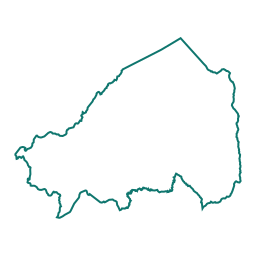 outline of Rumphi, Rumphi, Malawi
{"feature_id": "42251766B19667920055188", "entity_name": "Rumphi", "entity_type": "district", "adm_level": 2, "iso_a3": "MWI", "parent_name": "Malawi", "parent_adm1": "Rumphi", "projection": "robinson", "projection_center": [33.745, -10.79], "detail": "fine", "context": "isolated", "style": "outline", "palette": "teal", "viewbox_px": 256, "rotation_deg": 0, "n_neighbors": 0, "source": "geoboundaries", "source_scale": "gbopen_adm2", "svg_char_len": 5885}
<svg xmlns="http://www.w3.org/2000/svg" viewBox="0 0 256 256"><path d="M122.7,69.4L122.1,70.5L121.6,70.7L121.7,72.0L120.6,74.0L119.6,75.0L119.0,76.1L117.3,76.5L116.9,79.1L116.4,80.0L116.2,79.8L115.6,80.1L114.5,79.8L114.0,81.0L113.3,81.4L112.6,82.4L111.2,82.9L110.5,83.4L109.5,83.2L108.4,83.8L107.9,84.6L108.1,85.4L106.8,86.6L106.6,88.0L105.8,88.2L105.3,88.7L104.6,89.5L104.3,90.4L101.9,92.8L101.5,94.0L100.4,94.4L99.8,92.8L98.8,91.9L98.2,92.0L96.8,93.1L96.5,93.8L96.5,94.7L95.0,97.6L94.1,98.8L93.4,99.3L92.5,101.5L87.7,107.5L87.4,109.6L86.0,111.5L85.9,112.4L83.6,113.5L83.0,112.3L82.7,112.1L82.5,113.1L82.7,114.1L81.3,115.4L81.4,116.0L82.5,117.2L81.5,119.3L81.4,120.9L81.1,121.0L80.0,120.6L78.5,123.0L77.8,123.6L76.4,123.3L75.6,123.5L75.0,124.1L73.5,127.3L68.7,128.5L68.1,129.5L67.2,129.8L66.5,131.3L66.5,133.5L65.7,134.5L62.7,136.0L59.9,135.8L59.3,135.4L58.5,134.4L56.5,134.4L55.3,133.6L52.6,133.5L51.7,132.4L50.2,132.0L48.3,132.9L44.4,136.4L41.6,137.4L40.6,137.5L38.4,137.0L37.0,135.6L36.4,135.7L33.8,139.4L33.6,142.4L32.4,143.4L32.2,145.7L31.0,147.6L28.9,148.6L27.3,149.0L26.3,150.4L25.7,150.8L25.2,150.6L24.8,149.9L24.7,149.3L25.3,148.0L24.6,147.5L23.5,147.1L22.4,147.0L20.4,147.6L15.4,154.1L15.4,155.0L16.6,156.6L16.4,157.9L16.6,158.9L17.6,158.6L19.1,156.8L19.9,156.9L21.3,157.9L21.8,157.6L22.6,156.5L23.2,156.4L24.1,158.4L24.4,159.9L26.5,161.8L27.6,163.6L28.0,165.2L28.6,165.9L28.9,166.8L30.1,167.1L30.5,167.5L30.2,169.3L30.4,174.2L29.8,176.7L29.6,179.4L29.4,179.6L28.9,179.6L28.2,178.6L27.9,178.7L27.7,179.3L27.9,180.7L27.5,182.3L28.0,182.8L30.1,183.3L30.5,184.0L30.7,185.6L31.9,185.8L34.0,185.7L35.0,186.0L36.7,187.1L38.0,189.1L39.5,189.8L41.5,189.9L44.3,189.0L45.2,189.3L45.9,190.0L46.9,192.9L48.0,194.1L48.3,195.1L49.0,195.5L50.4,195.6L51.3,195.2L53.3,192.0L53.8,191.7L54.8,192.5L55.7,192.1L56.6,192.2L57.8,193.6L60.0,194.7L60.3,195.8L59.1,197.6L59.5,198.7L59.0,200.2L59.7,201.6L59.4,202.8L60.4,204.3L60.4,205.1L61.0,206.4L60.1,207.0L59.8,208.5L59.8,210.6L59.5,211.9L58.5,213.1L58.1,215.6L57.0,217.3L59.2,217.8L60.1,217.6L62.7,216.3L64.8,214.8L69.8,212.1L70.7,210.8L74.2,203.6L78.8,197.8L79.2,196.8L79.4,194.8L80.2,193.0L81.1,192.3L85.3,190.5L86.1,190.6L86.6,191.0L87.5,193.8L88.1,194.7L89.0,195.0L89.7,194.1L100.3,202.3L101.8,202.6L102.9,202.2L103.6,201.6L104.1,201.7L104.6,202.3L105.1,202.2L109.2,199.8L112.7,199.5L113.8,200.4L115.9,201.2L116.7,201.9L117.2,205.0L118.3,206.8L119.8,210.2L120.9,209.8L121.6,209.2L122.0,208.4L124.8,208.6L125.2,208.3L125.6,208.3L126.4,207.5L127.1,208.0L127.7,208.0L127.9,207.9L128.2,206.8L128.8,206.1L129.1,204.7L129.5,204.6L129.5,203.6L129.2,203.3L129.4,202.9L130.3,201.6L130.3,201.1L130.7,200.7L130.1,200.3L130.2,199.6L130.0,198.9L129.3,198.4L128.6,197.0L128.3,196.7L127.9,196.8L127.4,196.3L127.5,194.9L127.9,194.7L127.9,194.4L127.1,194.2L127.1,193.9L127.5,193.3L128.2,193.4L128.8,193.2L128.8,192.9L129.8,193.4L129.7,193.6L129.9,193.7L131.0,193.5L131.5,192.4L130.8,192.5L130.5,191.5L131.5,191.1L131.2,190.8L132.2,189.9L135.4,190.1L135.8,190.5L135.7,191.0L136.0,191.0L136.4,190.5L136.8,190.5L137.1,190.2L137.3,190.6L137.8,189.4L139.6,188.5L139.9,188.9L140.3,189.0L140.7,189.8L141.3,190.1L142.3,189.5L142.5,189.1L142.2,188.8L142.6,188.6L143.0,187.9L143.6,188.1L143.6,187.7L143.8,187.7L145.4,188.4L146.5,188.4L147.7,189.7L148.4,189.9L148.5,189.5L148.7,189.9L149.3,189.8L149.7,190.6L149.9,190.6L150.1,190.1L150.6,190.5L150.8,190.4L151.0,189.6L151.3,189.8L151.7,189.6L152.3,190.3L154.7,190.5L157.3,189.9L158.0,191.2L159.4,192.3L161.5,191.6L163.9,191.7L166.1,191.2L167.0,191.6L167.2,191.4L167.3,191.8L167.8,191.4L168.2,192.0L168.4,192.0L168.9,191.8L169.5,190.9L169.9,191.1L169.7,191.3L170.4,191.2L170.4,190.4L171.1,191.0L171.8,190.9L172.4,189.8L171.8,187.8L172.5,187.3L172.2,185.5L172.7,184.0L172.9,183.9L172.8,183.0L173.2,182.2L174.2,182.2L174.3,182.0L173.9,181.8L174.3,180.8L173.8,180.4L174.6,180.0L174.3,179.6L174.3,178.3L173.9,177.8L173.7,177.9L174.0,177.5L173.8,177.3L175.0,176.7L175.4,175.1L176.5,172.8L176.3,173.4L176.7,174.0L177.9,174.8L179.2,175.4L179.9,176.1L181.0,176.4L181.4,176.9L181.4,177.9L182.5,180.0L183.4,181.4L184.1,181.8L184.5,182.7L185.5,183.5L186.0,183.5L186.4,184.7L187.5,184.7L187.6,185.5L188.0,186.1L189.8,185.8L190.5,186.9L193.1,189.4L193.7,190.8L195.9,192.5L196.9,193.0L198.2,194.8L199.2,195.6L200.0,197.2L200.8,197.6L201.0,198.2L201.8,198.9L201.9,199.4L201.0,202.3L201.1,202.5L201.8,202.6L202.5,208.5L203.5,206.8L205.6,205.6L207.0,203.8L208.2,203.2L209.8,203.0L210.5,202.4L210.8,201.7L211.3,201.8L212.3,202.7L213.9,202.6L215.1,202.1L215.8,202.7L218.2,202.6L220.3,201.5L221.4,199.3L222.3,198.6L223.7,198.3L225.0,198.5L226.3,197.4L226.8,196.6L228.7,196.8L229.8,196.1L230.5,195.2L230.7,194.1L231.3,193.6L232.5,190.8L234.2,185.6L234.0,184.0L235.1,182.1L236.1,181.3L238.0,182.3L239.5,182.5L240.6,181.0L240.1,178.8L240.3,178.0L239.7,175.9L239.6,174.8L239.9,173.7L240.6,172.5L240.1,171.8L240.5,171.0L239.8,168.4L240.3,167.7L240.5,165.7L240.0,164.4L240.2,162.4L239.7,161.1L239.7,159.7L239.4,158.7L239.8,157.2L240.1,154.8L239.0,152.9L239.3,151.8L238.9,150.4L239.1,149.7L238.2,146.5L238.4,145.4L238.3,143.8L238.7,142.1L238.1,141.6L237.3,139.1L237.4,138.2L236.4,136.9L236.7,136.2L236.6,133.6L237.4,132.5L237.4,131.5L238.1,130.3L238.3,129.4L238.1,128.4L237.3,126.8L237.3,126.0L236.6,124.4L236.5,123.4L236.7,122.9L237.3,122.5L238.1,120.7L238.0,118.5L238.6,116.7L238.3,116.2L238.7,115.9L238.2,115.0L237.9,113.7L234.7,109.4L233.5,108.5L231.9,105.4L232.1,104.1L233.6,101.7L233.8,98.9L233.4,96.9L233.9,95.2L233.4,94.2L234.3,92.0L234.3,90.4L234.8,88.4L233.9,84.5L232.7,81.9L231.7,81.7L231.5,81.2L230.5,80.4L229.2,77.4L229.1,75.3L230.0,73.1L228.4,71.5L227.3,71.0L226.4,71.0L225.4,69.9L224.7,69.8L223.8,69.1L221.8,69.5L221.1,70.6L216.8,73.5L215.0,72.4L212.9,72.3L211.9,71.3L211.4,71.6L210.9,71.5L210.4,70.8L208.3,69.9L207.5,69.1L206.0,66.2L203.4,63.5L180.6,38.2L161.3,49.7L122.7,69.4Z" fill="none" stroke="#0f766e" stroke-width="2"/></svg>